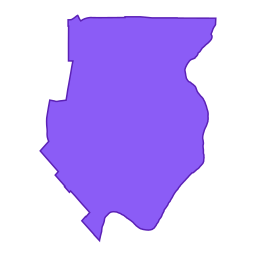 Bassendean, Western Australia, Australia (Equal Earth projection)
{"feature_id": "25037944B70302192671386", "entity_name": "Bassendean", "entity_type": "district", "adm_level": 2, "iso_a3": "AUS", "parent_name": "Australia", "parent_adm1": "Western Australia", "projection": "equal_earth", "projection_center": [115.952, -31.906], "detail": "fine", "context": "isolated", "style": "filled", "palette": "violet", "viewbox_px": 256, "rotation_deg": 0, "n_neighbors": 0, "source": "geoboundaries", "source_scale": "gbopen_adm2", "svg_char_len": 5724}
<svg xmlns="http://www.w3.org/2000/svg" viewBox="0 0 256 256"><path d="M76.6,16.0L74.5,17.7L72.4,19.1L71.4,19.6L70.1,19.8L68.1,19.8L68.1,20.3L68.1,26.1L68.6,26.1L68.5,43.4L68.5,49.4L68.5,53.4L68.5,60.9L72.9,61.0L71.8,66.7L70.8,72.7L68.7,84.6L67.7,90.0L67.1,94.1L66.1,100.2L61.1,100.8L60.0,100.9L57.2,101.4L56.5,101.4L55.6,101.4L54.9,101.1L49.8,100.1L48.4,107.7L46.9,116.8L46.7,118.3L46.6,121.4L46.7,125.0L47.1,129.3L47.2,131.4L47.1,133.7L47.1,134.8L47.3,137.0L47.9,139.2L48.7,141.4L40.2,150.9L58.3,171.6L55.2,175.1L65.0,186.2L64.5,186.7L69.4,192.3L70.6,191.0L75.0,195.8L82.2,204.1L86.1,208.4L89.7,212.5L86.0,216.8L85.6,216.5L81.8,220.8L86.9,226.5L93.7,234.1L94.1,234.8L99.5,240.6L99.6,239.8L100.0,238.2L100.3,236.7L100.8,234.5L101.0,234.0L101.1,233.3L101.4,232.4L101.6,231.6L101.6,231.3L101.8,229.3L101.9,228.4L102.0,227.8L102.0,227.5L102.6,225.7L102.9,225.2L103.0,224.9L103.3,224.1L103.8,222.7L104.3,220.8L104.5,219.1L104.7,218.2L104.9,217.9L105.2,217.4L105.3,217.2L105.5,216.9L105.8,216.5L106.6,215.8L106.9,215.4L107.6,214.8L108.3,214.0L108.4,213.8L109.9,212.6L110.5,212.3L111.3,212.0L113.1,211.7L113.6,211.7L114.6,211.8L115.0,211.8L115.6,211.9L115.8,211.9L116.4,211.9L116.6,212.0L116.9,212.1L117.1,212.2L119.2,213.1L119.5,213.1L120.8,213.7L121.0,213.9L121.4,214.2L121.9,214.5L122.4,214.7L123.6,215.3L124.0,215.5L125.5,216.8L126.1,217.1L126.4,217.5L126.8,217.9L127.0,218.0L128.5,218.9L129.1,219.4L130.5,220.3L130.9,220.6L132.0,221.5L132.8,222.1L133.5,222.8L134.6,224.1L134.9,224.3L135.5,224.9L135.6,225.0L135.8,225.3L136.2,225.7L137.8,226.9L138.3,227.3L138.5,227.4L139.3,228.0L140.4,228.6L141.1,228.9L141.8,229.0L142.9,229.4L143.5,229.5L146.1,229.9L147.6,230.0L148.2,230.1L148.8,230.0L150.1,229.9L152.1,229.4L152.5,229.1L153.2,228.6L153.8,228.3L154.2,227.9L154.8,227.2L154.9,226.9L155.0,226.7L155.8,225.8L156.2,225.2L156.3,224.7L156.6,224.4L156.7,224.1L156.9,223.7L157.1,223.5L157.6,222.9L157.7,222.7L157.9,222.5L158.3,221.8L158.4,221.5L158.5,221.3L158.8,220.8L158.9,220.2L159.4,219.4L159.9,218.7L160.2,218.4L160.4,218.1L160.5,218.0L161.0,217.3L161.8,215.8L162.2,214.5L162.3,214.3L162.4,214.1L163.1,212.8L163.2,212.6L163.7,211.7L163.9,211.3L164.0,210.6L164.3,209.8L164.4,209.6L164.8,209.1L165.1,208.8L165.4,208.3L165.6,208.1L166.1,207.4L166.8,206.3L167.3,205.7L167.6,205.2L168.0,204.3L168.7,202.7L168.9,202.5L169.6,201.8L169.8,201.6L170.2,201.0L170.3,200.8L170.4,200.5L170.5,200.2L170.8,199.7L171.5,198.5L171.7,198.3L172.2,197.4L172.6,196.7L172.8,196.2L173.0,195.9L173.3,195.3L173.4,195.1L174.5,193.3L174.7,193.0L175.9,191.3L176.6,190.5L176.7,190.4L177.8,189.2L178.5,188.0L178.6,187.7L178.8,187.5L179.0,187.3L179.1,187.1L180.0,186.1L180.3,185.5L180.7,185.0L183.0,182.5L183.2,182.3L183.6,181.9L183.9,181.5L184.4,181.0L184.6,180.9L184.9,180.5L185.1,180.3L186.0,179.3L186.3,178.9L186.6,178.6L187.0,178.2L187.4,177.8L187.8,177.3L188.1,177.1L188.4,176.6L190.1,174.8L191.3,173.6L191.5,173.4L191.8,173.1L192.0,172.9L192.6,172.8L192.9,172.8L193.3,172.5L193.4,172.4L193.6,172.3L194.0,172.0L194.6,171.6L194.7,171.4L195.0,171.1L195.4,170.8L195.7,170.6L195.8,170.4L196.8,169.5L197.4,169.1L197.7,168.9L198.3,168.5L199.0,167.8L199.5,167.2L200.1,166.4L201.1,165.4L201.6,164.8L202.5,163.8L203.0,163.1L203.2,162.6L203.5,161.7L203.7,161.2L203.7,160.9L203.7,160.3L203.7,160.1L203.9,158.4L203.9,158.1L204.0,157.9L204.0,157.3L203.9,157.0L203.9,156.4L203.9,154.9L203.5,153.7L203.4,152.9L203.4,151.6L203.4,149.9L203.4,149.6L203.3,149.2L203.3,148.9L203.2,148.4L203.1,147.9L203.1,147.3L203.1,147.0L203.0,146.5L203.0,145.6L203.1,145.3L203.1,145.0L203.3,144.4L203.3,144.2L203.4,143.9L203.4,143.6L203.4,143.2L203.4,142.8L203.1,140.5L202.9,139.5L202.7,138.7L202.7,136.9L202.9,135.4L203.1,134.5L203.4,133.5L203.5,132.8L203.7,132.4L203.9,131.7L204.2,130.7L204.3,130.2L204.5,129.7L205.2,128.1L205.3,127.9L205.6,127.3L205.7,127.1L206.4,125.7L207.6,122.2L207.9,121.3L207.9,121.1L207.9,120.2L208.0,119.9L208.1,119.3L208.1,117.7L208.0,116.3L208.0,115.9L208.1,115.0L208.1,113.9L208.1,113.3L207.9,111.8L207.8,111.6L207.7,111.0L207.5,110.4L207.4,110.1L207.0,108.8L206.9,108.5L206.3,106.1L205.9,105.2L205.8,104.9L205.6,104.3L205.4,103.9L205.4,103.6L205.1,103.0L205.1,102.8L204.9,102.2L204.3,101.0L203.7,100.0L203.5,99.5L203.4,99.2L202.9,98.4L201.8,97.1L201.3,96.6L200.8,96.2L198.6,93.4L198.4,93.3L198.2,92.9L198.0,92.7L197.1,91.2L195.7,87.3L195.0,86.2L194.8,86.1L194.3,85.6L194.1,85.4L193.0,84.4L192.9,84.3L192.6,84.1L191.9,83.7L190.9,82.8L190.7,82.6L190.5,82.4L189.9,82.1L189.2,81.9L188.8,81.6L188.4,81.3L187.7,80.4L187.4,80.0L186.6,78.7L186.3,78.1L186.3,77.8L186.1,77.0L186.0,76.5L185.9,76.1L185.8,75.7L185.5,73.4L185.4,73.2L185.3,72.3L185.1,71.5L184.9,70.1L184.9,69.8L184.9,69.6L185.3,68.2L185.9,66.6L186.2,66.1L186.5,65.6L186.6,65.1L187.4,63.9L187.5,63.6L188.5,62.3L189.1,61.4L189.4,61.0L190.1,60.3L190.3,60.2L190.5,60.0L191.1,59.6L191.3,59.5L192.6,59.0L192.7,58.9L193.0,58.9L193.8,58.5L194.0,58.5L194.9,58.1L195.2,57.5L195.6,57.0L196.2,56.6L197.0,55.6L197.2,55.3L197.6,54.7L197.8,54.2L198.1,53.0L199.9,51.6L202.3,48.0L203.2,47.3L203.8,46.7L204.3,46.3L204.8,45.8L205.2,45.4L205.3,45.2L206.4,44.3L207.1,43.7L207.6,43.4L208.4,42.6L208.8,42.3L208.9,42.1L209.8,41.2L210.1,40.9L210.5,40.4L211.3,39.3L211.4,39.1L211.5,38.9L211.6,38.5L211.8,38.1L212.0,37.1L212.0,36.1L211.9,35.7L211.6,35.2L211.4,34.9L211.1,34.2L211.2,33.8L211.3,33.5L211.4,33.2L212.0,31.8L212.8,29.5L213.0,28.9L213.1,28.7L213.3,28.4L213.6,27.7L213.9,27.3L214.0,27.0L214.6,26.2L215.5,24.7L215.8,18.2L178.0,18.1L177.5,17.9L152.3,17.9L150.1,17.7L143.8,17.1L140.2,16.8L125.0,16.8L125.0,17.5L115.1,17.6L99.4,17.7L92.1,17.6L91.0,17.5L89.7,17.6L87.2,18.0L84.8,18.7L82.8,19.6L80.8,20.9L79.9,19.7L78.8,17.8L78.9,17.7L78.0,15.8L77.7,15.4L76.6,16.0Z" fill="#8b5cf6" stroke="#5b21b6" stroke-width="1.5"/></svg>